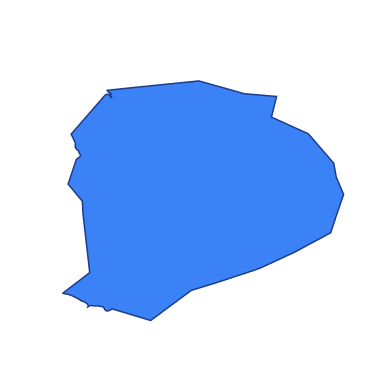 the district of Songino, Dzavhan, Mongolia, rotated 348°
{"feature_id": "93677404B94463356212555", "entity_name": "Songino", "entity_type": "district", "adm_level": 2, "iso_a3": "MNG", "parent_name": "Mongolia", "parent_adm1": "Dzavhan", "projection": "equal_earth", "projection_center": [95.763, 48.99], "detail": "fine", "context": "isolated", "style": "filled", "palette": "blue", "viewbox_px": 384, "rotation_deg": 348, "n_neighbors": 0, "source": "geoboundaries", "source_scale": "gbopen_adm2", "svg_char_len": 2521}
<svg xmlns="http://www.w3.org/2000/svg" viewBox="0 0 384 384"><g transform="rotate(348 192 192)"><path d="M130.2,74.9L130.2,75.2L130.4,75.8L130.8,76.4L131.1,77.2L132.0,77.8L132.1,78.0L131.9,78.2L131.9,78.4L132.1,78.4L133.0,78.6L133.3,78.8L133.2,79.2L133.0,79.6L132.5,79.9L132.0,80.1L131.8,80.2L132.1,80.5L132.6,80.9L132.7,81.2L132.7,81.4L132.7,81.6L132.8,81.8L133.0,82.0L133.1,82.3L133.1,82.7L132.9,82.9L132.6,82.7L132.3,82.2L132.3,81.6L132.1,81.4L131.7,81.1L131.6,80.5L131.4,80.1L131.2,79.7L130.5,79.3L130.0,79.2L129.8,79.1L129.6,78.9L129.5,78.7L129.3,78.6L128.7,78.8L127.9,79.0L127.0,79.3L125.2,80.6L85.8,110.3L87.7,117.8L88.0,119.9L87.9,121.1L87.1,123.2L87.4,125.0L87.7,125.7L88.0,126.3L88.6,127.1L89.3,127.9L89.6,128.2L89.7,128.8L89.7,129.2L89.7,130.0L89.8,130.7L90.3,131.5L90.6,132.0L90.7,132.5L90.4,133.3L89.5,134.1L88.3,134.8L85.6,136.1L72.5,158.5L82.8,178.3L80.8,191.1L75.2,249.6L44.2,264.3L44.5,264.3L46.8,265.2L49.0,266.1L50.5,266.9L51.8,267.6L53.0,268.4L54.7,269.8L56.9,271.6L58.0,272.4L59.4,273.6L60.8,275.2L61.4,275.8L61.9,276.0L62.6,276.3L63.6,276.9L64.9,278.0L66.3,279.8L66.8,280.7L66.8,281.0L66.8,281.6L66.7,282.0L66.2,282.7L68.3,282.1L68.8,282.0L69.4,282.0L70.3,282.2L70.9,282.5L72.1,282.9L72.8,283.1L74.0,283.4L76.4,283.9L77.7,284.4L79.4,285.1L80.4,285.6L81.0,285.9L81.4,286.3L81.7,286.6L81.8,287.1L82.0,287.8L82.3,288.9L82.8,289.7L83.3,290.2L84.0,290.7L84.7,290.8L85.5,290.8L86.0,290.7L86.7,290.6L87.2,290.5L88.1,290.2L88.7,290.0L89.8,289.9L101.8,296.4L102.1,296.6L116.6,304.5L120.3,306.6L124.9,309.1L129.4,307.0L134.1,304.9L137.5,303.3L157.0,294.4L160.4,292.8L160.5,292.8L165.1,290.7L167.2,289.8L167.2,289.7L170.8,288.1L176.3,287.6L195.5,285.9L213.4,284.0L213.8,283.9L221.3,283.1L229.3,282.3L229.8,282.2L232.3,281.9L232.8,281.9L234.6,281.7L243.9,280.4L280.6,272.0L298.8,266.6L299.6,266.4L319.2,260.7L320.6,258.2L320.9,257.8L322.4,255.1L322.8,254.6L324.6,251.4L325.3,250.3L327.0,247.2L329.9,242.3L330.2,241.9L330.6,241.2L330.9,240.6L332.2,238.5L333.3,236.8L333.5,236.4L334.3,235.0L334.5,234.7L339.8,225.9L339.3,223.3L337.7,215.2L337.6,214.6L337.1,212.0L336.2,207.5L336.2,206.6L336.3,204.1L336.4,200.8L336.6,193.3L322.0,166.7L318.9,161.1L318.7,160.9L317.6,159.0L315.5,157.5L314.2,156.5L311.1,154.3L306.8,151.1L306.2,150.7L305.8,150.4L304.6,149.5L299.1,145.5L298.9,145.3L285.3,135.3L294.6,116.1L294.4,116.1L263.5,106.7L249.5,99.3L249.2,99.2L248.7,98.9L221.6,84.7L218.3,84.4L187.3,81.0L187.2,81.0L165.0,78.6L157.8,77.8L153.0,77.3L130.2,74.9Z" fill="#3b82f6" stroke="#1e3a8a" stroke-width="1.5"/></g></svg>